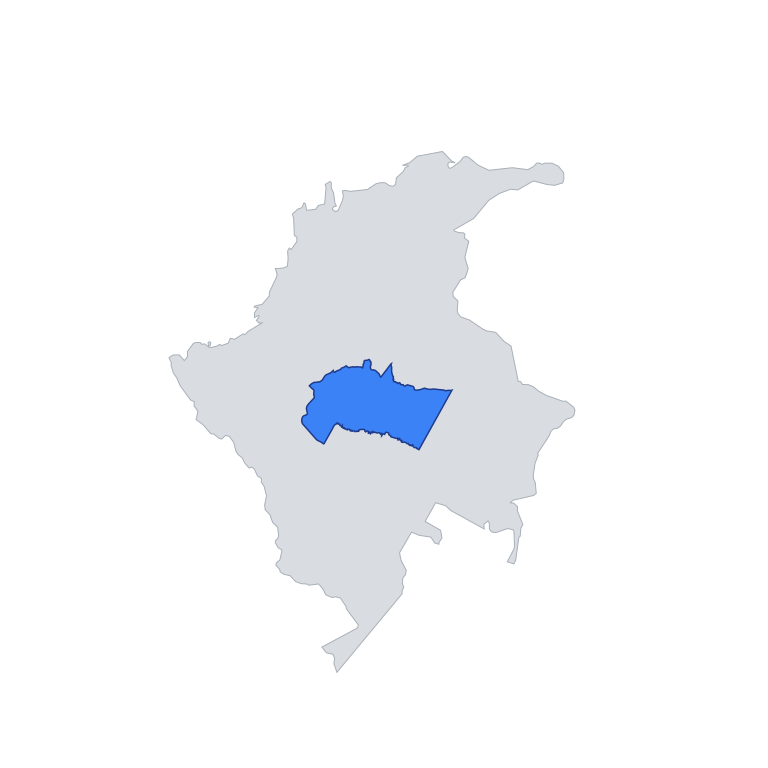 where Meta sits in Colombia, rotated 29°
{"feature_id": "COL-1425", "entity_name": "Meta", "entity_type": "Department", "adm_level": 1, "iso_a3": "COL", "parent_name": "Colombia", "parent_adm1": "", "projection": "orthographic", "projection_center": [-72.97, 3.272], "detail": "fine", "context": "in_parent", "style": "filled", "palette": "blue", "viewbox_px": 768, "rotation_deg": 29, "n_neighbors": 0, "source": "natural_earth", "source_scale": "10m", "svg_char_len": 9413}
<svg xmlns="http://www.w3.org/2000/svg" viewBox="0 0 768 768"><g transform="rotate(29 384 384)"><path d="M436.8,127.6L429.8,130.5L416.2,134.0L406.8,149.5L400.4,152.2L392.5,161.3L386.6,172.6L382.2,195.7L370.4,215.3L371.4,216.2L376.0,215.3L380.5,213.2L382.1,213.8L383.7,217.3L389.0,218.1L393.3,234.0L401.5,242.1L402.4,245.2L403.4,251.8L400.5,255.8L399.7,270.4L402.3,274.0L408.4,275.5L412.5,284.5L415.0,286.7L418.8,288.1L427.7,286.6L443.9,288.1L447.7,287.9L456.7,284.7L468.2,288.5L476.7,289.2L500.0,316.5L502.3,315.7L505.2,317.3L511.0,314.5L516.1,314.0L522.7,315.3L531.4,315.3L548.8,312.4L551.4,310.8L561.0,312.3L563.8,314.4L565.3,319.5L564.2,322.7L560.9,325.9L559.1,330.0L558.8,335.0L557.1,338.7L554.0,341.1L552.9,344.5L553.6,349.1L552.0,369.8L553.4,371.5L554.5,380.0L558.6,391.1L560.5,394.2L564.0,396.8L570.2,405.9L568.8,409.0L553.0,423.3L552.2,426.6L555.3,425.3L560.2,426.5L561.9,430.0L573.7,439.8L573.5,443.6L576.9,451.1L576.3,452.8L584.5,474.0L584.8,478.4L578.0,479.7L577.7,465.5L576.8,462.6L569.1,449.9L567.5,448.9L562.3,450.4L553.8,459.8L549.8,461.2L546.6,459.9L543.4,454.4L541.3,453.4L539.3,458.1L541.9,462.2L504.1,462.3L496.8,460.6L486.7,462.8L486.6,484.3L504.4,484.5L509.4,490.7L508.9,495.7L509.7,497.5L505.4,498.5L499.2,495.2L488.1,499.3L479.9,500.2L479.4,524.0L484.3,529.9L493.8,536.2L495.2,540.5L494.5,544.5L496.8,549.6L499.9,552.3L499.9,555.4L501.5,558.8L482.6,659.0L475.9,653.0L473.5,647.5L470.3,645.2L464.0,647.0L457.2,644.2L479.1,610.2L478.4,607.2L460.2,598.9L458.3,596.8L449.6,592.3L444.8,593.6L442.1,595.9L435.4,596.6L430.0,592.9L423.7,590.6L416.0,596.3L413.7,596.3L408.2,598.8L402.4,599.7L394.8,597.2L388.6,599.0L384.3,598.6L382.7,596.8L377.2,594.8L376.6,592.5L378.2,588.3L375.8,580.0L374.9,578.6L370.8,578.5L365.9,575.5L365.0,573.7L366.0,570.3L365.1,567.4L360.4,560.8L353.8,559.1L347.4,553.5L341.1,551.6L338.2,547.6L335.4,538.7L328.8,531.7L324.2,529.3L322.7,526.1L317.9,525.7L311.5,521.1L308.7,520.8L306.7,522.9L300.7,520.7L295.7,517.3L290.4,516.4L287.0,514.4L280.8,507.9L274.1,504.8L270.2,505.9L268.9,510.7L266.7,511.5L258.9,510.3L257.6,511.3L255.6,511.1L246.2,507.5L236.9,506.2L234.5,498.1L228.5,495.2L226.7,491.4L222.6,491.8L206.7,484.4L200.1,479.3L194.5,476.5L188.6,470.8L187.7,468.5L183.2,465.2L185.4,460.9L190.9,457.8L198.0,460.3L198.9,455.3L196.3,450.9L197.6,441.0L199.4,438.8L203.3,436.8L205.8,437.6L207.3,435.9L213.1,436.7L214.9,436.0L219.3,432.1L221.2,428.9L223.3,429.2L228.0,423.8L227.3,418.5L231.7,417.3L236.4,408.5L238.4,408.3L239.5,404.1L247.7,389.7L244.8,391.3L241.6,390.3L242.1,385.4L241.1,384.8L238.5,388.6L236.2,384.7L236.8,378.5L233.1,379.7L233.3,378.2L238.7,373.5L241.0,362.8L239.2,359.0L238.2,342.9L237.3,339.8L233.0,335.8L239.9,331.3L242.4,327.8L239.3,320.7L235.3,314.6L235.2,311.0L237.7,311.4L238.7,301.5L236.5,297.7L233.6,297.6L224.6,282.8L221.5,279.8L223.9,272.7L226.7,269.6L226.2,264.3L228.0,264.5L231.9,269.5L233.5,268.7L239.7,264.1L239.9,259.8L244.8,255.3L238.1,240.3L235.8,237.9L238.6,233.1L240.2,233.4L242.9,238.1L247.1,241.2L253.4,249.6L256.1,251.5L254.1,253.4L253.7,255.3L254.6,256.5L258.2,256.7L259.7,254.4L258.8,244.2L257.3,239.1L254.0,235.5L255.1,234.0L261.6,231.6L275.2,221.9L279.9,212.8L283.5,209.5L287.5,207.4L292.3,207.9L296.1,206.8L297.3,203.9L294.9,197.6L297.8,188.9L297.7,184.5L299.6,181.9L299.0,180.9L294.1,183.9L299.2,177.9L302.7,168.6L322.4,152.3L335.1,156.2L339.1,156.0L333.8,158.0L333.0,160.4L334.9,162.9L336.8,163.6L338.4,162.0L342.7,152.4L343.4,147.2L345.2,145.4L348.0,144.7L360.4,147.0L372.2,146.2L391.4,132.6L405.9,126.8L409.4,121.2L410.4,116.9L413.0,115.3L415.7,115.3L417.4,113.0L424.0,109.4L431.1,109.0L438.6,112.1L442.1,117.7L442.7,121.6L436.8,127.6ZM213.3,434.9L212.4,435.7L210.7,434.3L210.2,432.7L211.2,431.5L212.6,431.9L213.3,434.9Z" fill="#d9dde1" stroke="#a8b0b8" stroke-width="1"/><path d="M319.6,421.8L319.6,421.5L320.5,419.0L321.7,417.0L322.0,416.6L322.8,416.0L323.7,415.6L324.6,414.7L326.2,413.7L326.7,413.2L327.7,411.5L328.1,410.5L328.2,409.3L328.3,406.6L328.5,405.2L328.9,404.1L331.4,400.8L332.1,399.6L332.8,397.8L333.0,396.8L333.9,397.7L334.9,397.8L335.2,397.6L335.3,397.4L335.4,397.2L335.6,396.9L336.0,395.9L338.2,393.3L338.8,392.2L339.1,391.5L339.1,391.1L339.1,390.8L339.4,390.4L340.0,389.8L340.8,388.8L341.3,388.1L341.9,386.7L342.4,386.4L344.2,386.8L345.2,386.9L346.8,385.3L348.0,384.5L348.6,383.9L349.1,383.6L349.6,383.5L350.1,383.5L350.6,383.3L351.0,383.0L351.3,382.3L352.0,381.9L352.6,381.8L354.8,380.8L355.1,380.5L355.4,380.3L356.2,380.3L356.6,380.4L357.5,380.3L357.2,379.2L357.1,378.9L357.1,378.4L356.9,377.9L356.3,377.3L356.3,377.0L356.3,376.7L356.3,376.0L356.0,374.2L355.5,373.8L355.6,373.1L355.8,372.8L356.1,372.3L356.4,372.2L357.2,371.8L357.9,371.4L358.1,371.0L358.6,370.2L358.9,369.9L359.3,369.8L359.7,369.9L360.0,370.1L360.3,370.3L360.4,370.5L360.7,370.8L361.2,370.8L361.5,370.9L361.8,371.0L362.2,371.7L362.6,372.2L363.0,372.8L363.2,373.1L363.2,373.5L363.4,374.5L364.1,376.0L364.1,376.4L364.3,376.6L364.6,376.9L364.9,377.1L365.4,377.3L365.8,377.5L366.3,377.6L366.8,377.5L367.3,377.3L368.2,376.6L370.3,376.4L374.3,377.4L375.1,377.7L375.5,378.0L375.7,378.4L375.8,378.5L376.2,378.7L377.1,379.3L377.6,379.6L377.8,379.4L378.0,379.1L378.1,378.3L379.2,371.2L380.3,363.3L380.6,362.7L380.8,363.7L381.0,364.1L382.5,365.5L384.8,369.7L387.7,372.8L388.2,372.8L388.4,372.8L388.5,372.9L388.5,373.1L388.7,373.3L389.2,374.0L389.3,374.2L389.4,374.5L389.6,374.8L389.5,375.0L389.5,375.4L389.7,375.5L390.0,375.4L390.3,375.4L390.5,375.5L390.5,375.8L390.7,376.7L391.4,377.1L391.7,377.2L392.0,377.1L392.7,376.5L392.9,376.4L393.3,376.5L394.5,376.7L394.8,376.7L395.0,376.5L395.1,376.4L395.3,376.5L395.5,376.8L396.0,376.8L396.7,375.5L396.9,375.3L397.3,375.4L397.8,375.5L398.2,375.7L398.4,375.9L398.7,376.4L399.5,376.2L401.1,375.3L401.7,375.7L402.5,375.9L403.3,375.7L404.7,373.5L405.2,373.3L410.4,372.1L410.8,372.1L411.2,372.2L412.4,373.0L412.7,373.5L413.1,374.0L413.7,374.2L415.0,373.8L416.3,373.1L418.8,371.0L421.3,368.1L421.7,367.9L422.0,367.8L422.4,367.9L422.8,367.8L425.8,366.9L427.2,366.2L429.7,364.4L439.3,360.3L441.3,360.0L441.5,359.7L443.2,358.5L444.1,357.9L444.6,357.7L445.1,357.5L445.5,357.4L446.4,356.5L446.4,408.1L446.4,424.5L445.8,424.6L445.1,424.3L444.8,424.2L444.6,424.5L444.3,424.6L443.9,424.5L443.6,424.3L443.2,424.0L442.9,424.0L441.8,424.8L441.4,424.9L441.1,424.9L440.7,424.7L440.3,424.6L439.8,424.6L439.5,424.4L439.2,424.0L439.1,423.5L438.8,423.3L438.5,423.3L438.3,423.6L438.1,424.4L437.9,424.8L437.6,424.8L437.3,424.5L437.0,424.3L436.7,424.3L436.5,424.5L436.4,424.8L436.3,425.2L435.9,425.2L435.3,425.0L434.1,424.3L433.9,424.2L433.4,424.9L433.0,425.0L432.3,424.8L431.6,424.7L430.8,424.8L430.3,424.8L429.9,424.9L429.7,425.2L429.3,425.6L427.9,426.3L427.2,426.1L427.1,425.8L427.1,424.9L427.0,424.7L426.8,424.7L426.6,424.9L426.3,425.3L425.9,425.5L425.4,425.3L424.2,424.1L423.9,424.1L423.8,424.3L423.8,425.3L423.7,425.9L423.4,426.2L423.1,426.1L422.8,425.1L422.6,424.8L422.3,424.8L421.9,425.0L421.5,425.4L420.8,425.8L418.0,426.3L417.4,426.4L417.2,426.6L416.6,426.7L416.1,426.8L415.7,426.8L415.4,426.4L415.3,426.5L414.9,426.2L413.6,426.1L412.8,425.9L412.4,425.5L411.9,424.7L411.4,424.6L410.7,424.8L409.5,425.0L409.1,425.2L408.9,425.7L408.9,426.3L409.1,426.9L409.0,427.7L408.6,427.6L408.1,427.7L407.7,428.0L407.2,428.3L407.2,428.5L407.2,428.9L407.2,429.6L407.1,430.2L406.6,428.9L406.1,428.4L405.7,428.4L405.4,428.9L405.2,429.6L403.9,428.8L403.3,428.9L402.0,430.0L401.5,430.3L400.9,430.4L399.7,430.5L399.4,430.6L398.7,431.3L398.3,431.2L397.9,431.1L397.6,431.1L397.3,430.9L397.1,430.9L397.0,431.3L397.3,431.6L397.5,431.7L397.7,431.8L397.7,432.1L396.9,432.1L396.5,432.5L396.4,433.2L396.4,434.1L396.0,434.0L395.9,433.9L396.1,433.9L395.6,432.9L395.3,432.8L394.8,433.2L394.5,434.6L394.2,434.7L393.9,434.3L393.7,433.2L393.3,433.0L392.2,433.2L391.8,433.5L391.5,434.3L391.1,434.8L390.2,434.6L389.9,434.1L389.6,433.9L389.3,433.4L388.9,433.4L388.3,433.5L385.5,435.2L385.2,435.6L385.0,436.0L384.4,436.3L384.3,436.8L384.4,437.0L384.6,437.2L384.8,437.5L384.7,437.8L383.9,438.0L383.6,438.2L383.4,438.6L382.8,438.9L382.1,439.4L381.7,439.7L381.4,439.6L381.1,439.5L380.8,439.5L380.3,439.6L379.7,440.1L379.2,440.6L378.7,440.5L378.5,440.3L378.2,440.3L378.0,440.9L377.9,441.2L377.6,441.3L377.3,441.3L377.0,441.2L376.9,440.9L376.8,440.6L376.6,440.6L375.8,440.7L375.2,440.4L374.2,441.0L374.4,441.4L374.4,441.7L374.1,441.9L373.2,442.0L372.7,442.1L371.8,441.8L371.6,441.9L371.4,442.1L371.2,442.3L370.8,442.2L370.9,441.7L370.7,441.6L370.3,441.6L370.2,441.8L370.0,442.2L369.9,442.4L369.7,442.4L369.5,442.1L369.3,441.9L368.7,441.9L368.5,442.2L368.2,442.3L368.0,442.1L367.9,441.6L368.0,441.3L367.6,440.5L367.4,441.6L367.3,441.8L367.1,441.7L366.8,441.6L366.5,441.5L365.5,441.6L365.3,441.4L364.9,440.8L364.8,440.6L364.6,440.6L363.6,441.2L363.2,441.3L362.8,441.1L362.8,440.8L362.7,440.5L362.3,440.6L361.9,440.9L361.6,441.2L361.6,441.5L361.7,441.8L361.7,442.1L361.5,442.3L361.2,442.7L360.9,443.3L360.7,443.6L360.5,444.9L360.6,449.1L360.5,465.2L360.0,465.7L357.3,465.3L354.1,465.5L352.9,465.5L352.0,465.4L332.3,458.4L331.0,457.5L329.9,456.1L329.2,454.5L328.8,453.0L328.9,451.8L329.2,450.8L329.8,450.0L330.6,449.2L331.1,448.5L331.3,447.9L331.3,447.2L330.9,446.5L330.4,445.8L328.4,443.6L327.9,442.7L327.6,441.8L327.4,440.6L327.5,439.5L327.7,437.9L329.5,430.6L329.5,429.4L329.1,428.7L328.5,428.3L327.9,427.6L327.4,426.9L326.4,424.5L326.1,424.0L325.7,423.5L325.1,423.2L324.5,423.0L322.9,422.8L319.6,421.8Z" fill="#3b82f6" stroke="#1e3a8a" stroke-width="1.5"/></g></svg>